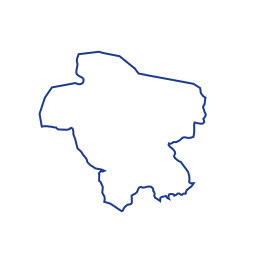 São Francisco de Assis do Piauí, Piauí, Brazil (orthographic projection), rotated 35°
{"feature_id": "56859067B59242064317932", "entity_name": "São Francisco de Assis do Piauí", "entity_type": "district", "adm_level": 2, "iso_a3": "BRA", "parent_name": "Brazil", "parent_adm1": "Piauí", "projection": "orthographic", "projection_center": [-41.535, -8.197], "detail": "fine", "context": "isolated", "style": "outline", "palette": "blue", "viewbox_px": 256, "rotation_deg": 35, "n_neighbors": 0, "source": "geoboundaries", "source_scale": "gbopen_adm2", "svg_char_len": 2755}
<svg xmlns="http://www.w3.org/2000/svg" viewBox="0 0 256 256"><g transform="rotate(35 128 128)"><path d="M60.5,82.2L45.2,95.9L45.8,97.7L46.3,99.9L47.2,101.8L48.3,103.2L49.4,104.1L50.5,105.3L52.3,109.6L54.1,112.6L55.7,113.4L58.4,113.5L60.7,113.1L62.5,113.1L63.8,113.7L64.8,115.5L65.1,117.2L64.2,119.0L62.7,120.4L59.1,121.4L48.9,131.8L42.4,138.4L42.5,150.8L47.4,167.1L56.6,176.3L58.0,174.9L59.4,173.8L60.5,173.1L62.8,171.9L64.5,170.9L67.5,169.7L68.6,168.9L69.8,169.1L71.2,169.3L72.8,168.5L74.6,167.3L78.8,164.6L80.6,162.7L80.9,161.2L81.7,160.3L83.1,160.4L85.2,162.1L86.8,164.4L91.2,167.5L95.0,170.8L98.5,173.7L102.3,174.1L104.3,174.7L106.8,175.8L110.7,176.8L112.3,177.5L113.3,178.5L114.4,179.2L115.9,179.6L117.4,179.8L118.8,180.1L120.1,179.9L121.5,179.8L122.9,179.9L124.7,179.7L126.0,179.1L128.8,177.8L130.4,177.1L131.8,176.9L133.2,176.6L132.2,178.2L130.5,178.9L130.3,180.5L130.2,181.9L131.5,183.0L132.8,185.2L133.8,186.7L134.8,187.9L136.6,188.0L138.0,188.8L139.4,189.8L141.1,190.7L141.8,191.8L143.1,194.1L143.7,195.2L145.2,196.5L147.5,197.3L148.8,198.5L149.7,199.6L150.9,202.1L156.9,200.1L165.1,199.9L167.0,199.9L170.5,199.7L171.2,198.5L170.7,196.5L170.7,194.6L171.0,193.2L171.5,191.4L172.5,190.3L173.9,188.8L174.2,187.5L173.4,186.1L169.8,181.4L170.4,179.7L171.4,178.0L172.1,175.7L171.9,174.3L171.5,172.8L171.2,170.4L172.5,168.8L174.0,168.5L175.3,167.5L176.2,166.7L177.0,165.6L178.1,164.4L180.4,162.9L182.0,163.1L183.4,163.3L184.7,165.0L186.0,165.4L187.5,166.6L188.3,168.3L190.0,169.5L192.8,169.4L194.7,169.4L196.2,169.4L194.6,166.7L195.0,165.4L195.8,164.4L198.2,162.0L200.3,162.8L202.2,162.5L200.9,161.7L200.2,160.2L199.8,158.7L201.0,157.5L202.3,156.7L203.6,156.2L204.7,156.9L205.7,155.4L206.3,153.2L207.8,152.2L209.1,152.4L210.5,151.9L211.0,150.1L212.9,148.7L212.1,146.9L211.7,145.0L212.3,143.6L212.5,142.3L213.4,139.9L213.6,137.4L213.5,135.5L210.8,137.5L208.9,137.0L208.4,135.8L207.2,134.0L205.4,131.9L202.5,129.6L199.4,128.4L195.7,127.2L190.7,125.5L188.3,126.1L183.7,125.7L182.1,124.9L181.4,123.2L181.1,121.6L180.2,120.7L178.9,120.1L177.2,119.6L175.6,119.4L173.2,119.3L170.9,118.6L170.4,117.2L172.0,116.4L172.8,115.1L173.4,113.3L175.5,112.0L176.8,109.8L177.7,107.5L178.1,105.3L178.8,103.9L179.9,103.0L181.4,102.3L182.7,101.8L183.7,101.1L185.1,99.8L186.7,97.7L184.9,93.9L184.0,92.6L182.9,90.9L179.9,86.8L179.4,85.3L182.4,84.1L185.1,82.8L186.7,81.5L187.1,79.5L185.7,78.1L184.5,77.3L184.7,75.8L184.5,73.5L183.8,72.1L181.4,70.8L179.1,69.0L177.6,68.0L177.1,66.5L177.0,64.5L175.9,62.4L174.8,60.3L174.1,58.7L171.7,58.8L168.9,58.1L167.6,57.5L166.4,56.3L165.3,55.0L164.1,53.9L156.2,54.3L123.9,69.0L115.9,72.7L113.1,73.9L105.4,77.3L101.0,75.9L99.8,75.4L92.3,74.9L80.0,74.0L66.2,80.1L63.0,81.4L60.5,82.2Z" fill="none" stroke="#1e3a8a" stroke-width="2"/></g></svg>